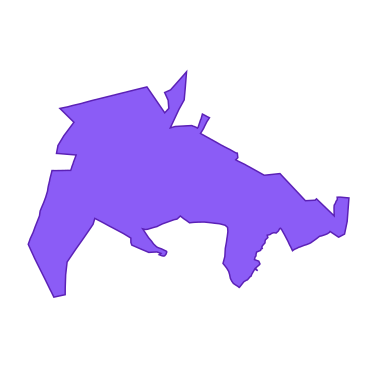 the district of San Andrés Duraznal, Chiapas, Mexico, rotated 96°
{"feature_id": "50627088B44734677505750", "entity_name": "San Andrés Duraznal", "entity_type": "district", "adm_level": 2, "iso_a3": "MEX", "parent_name": "Mexico", "parent_adm1": "Chiapas", "projection": "equal_earth", "projection_center": [-92.796, 17.162], "detail": "fine", "context": "isolated", "style": "filled", "palette": "violet", "viewbox_px": 384, "rotation_deg": 96, "n_neighbors": 0, "source": "geoboundaries", "source_scale": "gbopen_adm2", "svg_char_len": 4306}
<svg xmlns="http://www.w3.org/2000/svg" viewBox="0 0 384 384"><g transform="rotate(96 192 192)"><path d="M248.9,121.7L247.3,121.8L245.0,121.5L242.9,117.7L241.7,117.5L240.8,116.2L239.5,116.8L238.2,116.4L236.5,115.2L235.0,114.1L233.3,114.2L232.0,114.0L231.0,113.2L229.4,111.8L227.1,112.7L226.2,110.0L224.8,108.4L223.9,106.4L224.0,104.0L221.7,102.0L219.2,101.0L218.8,100.1L219.7,99.4L219.7,99.1L220.6,98.5L225.0,95.4L231.0,91.4L233.9,89.7L235.0,89.0L236.1,88.2L239.9,85.9L238.8,84.7L238.2,83.9L236.7,81.3L235.9,80.2L235.3,78.7L234.6,77.4L234.1,76.4L233.4,75.1L232.4,72.7L231.0,70.0L230.2,68.7L225.8,63.7L222.7,60.5L222.2,58.8L220.7,55.5L219.5,53.2L217.8,51.1L217.1,50.8L216.8,50.6L221.2,42.3L221.6,41.4L217.9,35.9L205.0,34.6L181.5,35.3L181.6,44.0L182.0,47.1L184.0,46.7L184.9,47.0L186.1,47.7L188.4,48.3L190.2,49.2L193.0,49.1L200.9,48.1L185.8,67.5L187.3,68.7L188.8,78.3L166.2,104.5L164.5,106.4L164.5,106.5L165.3,110.2L167.7,121.4L167.7,122.1L161.1,137.5L160.1,140.0L159.6,141.1L159.1,142.2L156.6,149.1L156.0,150.6L155.4,151.9L153.1,150.0L151.3,150.4L148.6,151.0L148.6,151.9L148.3,153.0L146.6,156.9L145.8,158.7L145.4,159.8L145.3,160.1L145.0,160.9L144.1,163.2L143.4,165.1L143.0,165.9L142.6,167.0L142.1,168.3L141.8,168.9L141.1,170.6L140.9,171.1L140.7,171.3L140.5,171.9L132.9,189.7L129.9,188.2L128.4,187.5L127.2,187.0L125.4,186.4L120.4,184.5L119.2,183.9L118.7,183.6L116.3,182.4L115.8,183.8L115.3,185.2L114.8,186.2L114.7,186.5L113.4,189.8L118.3,190.6L119.3,191.0L127.0,192.7L127.6,193.1L127.9,193.3L127.3,194.5L126.9,195.7L126.8,196.1L126.7,196.3L126.5,197.4L126.3,198.3L126.1,198.6L126.0,199.2L126.0,199.6L128.6,215.6L130.5,220.3L111.1,213.6L101.2,209.4L88.6,209.6L73.0,210.0L77.7,213.3L92.7,224.0L95.9,229.6L103.3,225.3L111.3,223.8L116.1,227.4L92.2,247.8L94.8,255.1L111.5,301.1L116.1,312.9L117.7,317.6L118.5,319.9L120.3,324.5L121.1,327.1L122.7,332.1L135.0,316.7L144.4,322.3L149.4,325.3L152.4,326.7L157.9,329.3L159.9,330.2L160.6,330.2L162.9,330.4L166.4,330.7L167.8,330.8L167.7,328.8L167.3,311.1L170.2,311.8L171.0,312.0L171.7,312.2L172.9,312.5L174.2,312.9L175.5,313.1L176.8,313.4L179.4,314.1L180.7,314.3L183.2,314.9L183.5,318.0L183.9,321.0L184.4,325.0L184.6,326.7L185.0,330.0L185.3,333.5L186.3,333.6L187.9,333.8L191.9,334.4L194.2,334.7L196.2,334.8L196.5,334.9L198.0,335.1L198.4,335.1L199.0,335.2L199.3,335.3L202.3,335.6L204.1,335.7L206.4,335.8L212.7,337.0L212.9,337.0L213.3,337.2L214.1,337.4L215.1,337.6L215.8,337.8L216.5,338.0L217.3,338.2L218.4,338.5L219.7,338.9L223.9,340.2L226.1,340.8L226.6,341.0L228.3,341.1L229.1,341.1L231.7,341.2L238.9,343.2L243.2,344.4L248.9,345.8L255.3,348.0L258.4,348.7L261.1,349.4L266.1,346.5L271.8,343.1L273.0,342.4L273.9,341.9L277.7,339.5L278.8,338.8L280.7,337.6L284.6,335.1L286.8,333.7L289.3,332.1L294.3,328.9L295.9,327.9L297.2,327.1L298.6,326.2L299.9,325.4L301.0,324.7L302.3,323.9L303.9,322.9L305.1,322.1L306.3,321.3L307.6,320.5L308.9,319.7L310.0,319.0L311.0,318.4L308.6,311.1L307.4,307.4L300.2,308.1L287.5,309.0L274.7,308.9L270.0,306.4L261.2,301.7L249.4,295.1L238.0,288.9L234.4,287.0L228.4,285.9L230.6,280.2L232.5,275.5L234.8,270.0L235.6,267.9L240.5,255.8L244.2,248.0L248.6,247.5L251.1,246.3L253.9,237.4L254.1,236.8L255.1,233.5L255.4,232.5L256.6,228.7L255.8,223.9L255.3,220.6L256.3,216.5L257.8,218.1L258.5,215.5L258.7,213.9L258.4,212.6L256.7,211.4L254.3,210.8L253.6,211.2L251.7,216.5L251.4,217.8L250.9,219.8L250.8,220.1L250.6,220.7L250.0,221.8L249.0,223.1L248.4,223.9L247.6,224.9L246.8,225.6L245.1,227.1L242.0,230.4L233.8,237.2L234.2,234.4L233.7,232.3L233.6,232.0L233.5,231.8L231.0,225.8L230.0,223.1L229.1,221.8L228.3,220.5L226.7,217.9L225.5,215.4L221.4,206.9L220.5,204.1L220.0,203.6L217.1,201.1L219.5,197.3L220.8,194.8L222.1,192.6L222.9,191.2L222.1,187.6L221.9,186.4L221.3,182.6L220.6,176.7L220.6,173.1L220.6,170.1L220.6,169.5L220.7,166.0L220.7,161.8L220.8,160.6L221.5,156.3L221.6,155.6L223.5,152.9L227.5,152.2L229.2,152.2L233.1,152.3L234.3,152.4L238.0,152.5L239.6,152.6L244.5,153.0L252.7,152.6L259.8,153.7L261.8,151.7L264.1,149.5L267.2,147.2L270.1,146.0L273.9,144.8L276.3,143.3L278.6,141.3L279.8,139.1L281.1,136.4L282.0,135.1L281.6,134.7L275.9,131.1L274.2,128.9L273.6,127.7L270.1,125.3L269.6,124.5L267.4,123.9L262.0,121.5L263.4,118.5L261.2,121.0L257.1,117.2L256.4,116.9L253.8,118.4L252.7,122.8L250.2,122.5L248.9,121.7Z" fill="#8b5cf6" stroke="#5b21b6" stroke-width="1.5"/></g></svg>